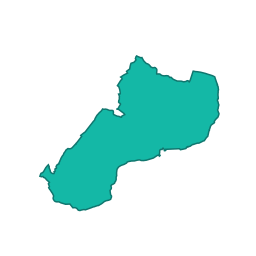 the district of Sancel, Alba, Romania, rotated 74°
{"feature_id": "2599482B13379930489743", "entity_name": "Sancel", "entity_type": "district", "adm_level": 2, "iso_a3": "ROU", "parent_name": "Romania", "parent_adm1": "Alba", "projection": "orthographic", "projection_center": [23.953, 46.206], "detail": "fine", "context": "isolated", "style": "filled", "palette": "teal", "viewbox_px": 256, "rotation_deg": 74, "n_neighbors": 0, "source": "geoboundaries", "source_scale": "gbopen_adm2", "svg_char_len": 5758}
<svg xmlns="http://www.w3.org/2000/svg" viewBox="0 0 256 256"><g transform="rotate(74 128 128)"><path d="M192.9,198.7L193.4,198.2L193.7,197.8L194.0,197.1L194.1,196.8L194.0,195.5L194.1,194.5L194.1,193.9L194.2,193.0L194.3,192.7L194.9,191.5L194.5,185.3L194.3,183.3L194.4,181.7L194.3,181.1L194.2,178.6L194.4,177.7L193.8,175.5L193.6,174.5L192.9,172.7L192.2,171.1L191.9,169.3L192.1,166.4L191.8,164.4L189.8,162.9L188.8,162.6L187.3,163.1L183.1,162.5L181.7,160.8L180.3,160.3L179.0,160.5L178.0,159.2L178.0,158.2L177.4,156.3L177.1,155.9L176.5,155.6L176.3,155.4L175.6,154.5L175.3,154.3L174.6,153.8L174.1,153.5L173.2,153.3L172.5,153.1L171.9,152.9L171.5,152.6L171.0,152.2L170.7,152.0L169.2,151.7L167.5,151.2L166.6,150.8L165.4,150.3L164.7,149.9L164.4,149.6L163.4,148.5L163.2,148.2L162.9,147.8L162.5,146.6L162.1,145.1L162.0,144.0L161.9,141.9L161.3,139.1L160.5,138.1L160.4,137.1L160.7,133.6L161.4,131.0L161.5,127.8L161.8,125.8L162.1,125.3L162.9,124.3L163.6,122.0L164.0,119.2L163.9,112.2L163.8,111.6L162.8,108.5L162.5,107.7L162.5,106.8L162.5,105.6L163.7,105.6L163.4,104.8L163.3,104.7L162.7,104.9L161.8,105.0L161.0,104.7L160.3,104.3L158.6,103.8L158.1,103.4L157.7,102.9L157.6,102.5L158.0,101.1L157.1,100.3L157.1,99.8L158.8,99.1L159.8,99.3L160.0,99.0L160.0,98.2L159.5,97.5L158.9,97.5L162.1,84.2L163.3,83.6L163.5,81.4L163.7,78.1L163.5,77.7L162.9,77.2L162.6,76.7L162.8,76.4L162.3,75.8L162.3,75.6L162.7,75.6L162.8,75.4L162.7,75.2L162.6,72.9L162.4,72.7L162.2,72.2L162.2,71.8L161.9,71.2L161.6,69.9L161.9,69.5L161.8,69.1L161.7,67.2L161.7,65.3L162.1,64.0L161.5,60.6L161.3,60.0L161.2,58.0L160.8,57.7L160.3,57.0L158.7,55.1L158.1,53.7L155.6,52.3L154.6,51.8L153.5,51.2L152.5,50.3L152.1,50.4L151.5,49.8L150.5,49.2L150.4,49.0L149.7,48.7L149.2,48.2L148.8,48.0L148.0,47.0L147.8,46.4L147.2,44.9L147.2,44.4L146.7,43.6L146.4,43.3L145.7,43.3L145.4,43.2L145.0,42.7L144.2,41.8L144.0,41.4L143.0,40.0L142.9,39.4L142.5,38.8L142.1,38.4L141.4,37.9L140.3,37.1L139.3,36.6L138.7,36.6L137.8,36.8L137.4,36.8L136.6,36.8L136.0,36.9L135.4,36.9L134.9,36.7L134.4,36.1L132.9,35.5L131.0,34.4L130.5,34.3L129.7,34.4L127.8,34.3L127.2,34.3L126.8,34.5L126.3,34.5L126.0,34.3L124.9,33.9L124.8,33.5L124.8,33.2L123.7,32.9L122.8,32.7L121.6,32.6L121.1,32.3L120.9,32.3L120.4,32.3L118.9,31.6L116.8,31.0L116.3,30.5L114.9,30.3L114.4,30.3L113.4,30.0L111.8,30.3L111.5,30.1L111.2,30.3L111.1,30.1L110.7,30.1L109.3,30.2L108.8,30.3L108.3,30.3L106.3,30.4L103.7,30.5L102.8,30.5L102.7,30.6L101.6,31.7L100.7,32.8L100.2,33.6L99.5,34.6L98.5,36.2L96.9,38.5L94.4,42.8L92.8,46.3L92.6,47.1L92.4,47.5L91.4,49.4L91.3,49.7L99.3,55.1L99.7,55.5L100.0,55.8L100.5,56.5L99.7,56.8L99.3,57.1L98.9,57.9L98.9,58.5L99.2,59.3L99.0,61.7L97.7,63.8L96.4,67.8L94.5,70.1L93.8,70.9L92.9,71.6L91.2,72.5L90.9,73.4L90.9,74.0L89.3,74.7L89.0,75.0L88.3,76.5L87.9,78.6L87.8,79.1L86.7,81.2L85.2,82.2L84.7,82.9L84.0,85.5L83.3,85.4L80.6,84.4L79.8,84.2L79.0,84.3L77.6,85.1L77.2,85.6L77.1,86.2L77.0,87.5L76.7,87.9L75.4,89.4L74.5,89.6L73.3,90.2L72.5,90.7L72.1,91.1L71.6,91.7L70.9,92.7L68.2,94.2L66.5,94.7L64.1,95.2L64.1,95.6L64.0,96.2L63.7,96.7L62.0,98.9L61.1,99.8L61.6,100.6L62.2,101.0L62.7,101.3L63.2,101.7L63.4,101.8L64.0,101.7L64.7,101.5L65.2,102.1L66.5,104.2L66.6,107.2L67.3,107.8L69.2,108.9L71.7,110.1L73.1,113.8L75.1,113.3L75.8,117.1L77.0,121.0L78.0,120.3L78.5,120.1L79.0,120.2L79.6,120.5L80.1,121.7L84.4,126.5L85.8,125.5L87.3,125.4L89.0,125.4L90.1,125.5L92.3,125.8L93.0,126.1L92.8,127.7L94.8,127.5L95.1,127.6L95.5,127.6L96.6,128.1L97.8,128.3L99.1,129.3L100.5,129.9L101.5,129.5L101.6,129.2L102.6,128.6L103.0,128.6L105.2,130.9L106.1,131.6L106.3,132.1L106.6,132.4L106.7,133.4L106.9,133.4L107.3,132.1L113.0,127.8L114.2,127.5L114.2,127.8L114.5,128.9L114.7,129.7L114.9,130.5L115.0,131.0L115.8,131.3L115.7,131.9L114.4,133.4L113.6,135.2L111.1,138.1L110.3,138.2L109.0,137.7L107.7,137.5L107.0,137.8L106.6,138.7L106.1,140.7L105.4,141.8L104.9,142.3L104.3,143.1L103.6,144.5L103.4,146.0L102.7,147.2L103.1,147.6L103.8,148.4L104.2,148.9L105.4,151.4L106.4,152.9L106.8,153.6L107.3,154.4L109.2,156.4L110.2,157.3L111.2,157.9L111.4,158.3L111.9,159.1L112.2,159.7L112.6,160.1L112.7,160.3L113.3,161.1L115.1,163.6L117.3,166.6L119.3,169.3L119.9,170.1L120.0,170.3L120.2,170.8L120.5,171.7L120.7,172.2L120.9,172.7L121.7,174.6L122.0,175.3L122.1,175.5L123.3,174.9L123.6,175.3L125.1,177.3L125.8,178.3L127.0,179.9L128.5,182.0L128.8,182.2L128.6,182.3L128.9,182.7L131.7,187.3L131.8,187.8L132.0,188.3L132.0,188.7L131.9,189.7L131.8,190.4L131.2,191.3L131.2,191.5L131.6,192.4L131.9,193.1L131.9,193.3L132.1,193.7L133.4,195.0L134.4,196.4L135.0,196.9L135.5,197.2L135.9,197.5L136.7,198.7L138.3,200.4L138.8,200.9L139.3,201.2L139.8,201.6L140.1,201.9L141.5,203.0L142.2,203.6L142.5,203.9L142.9,204.2L143.1,204.2L143.4,204.2L143.5,204.3L143.5,204.5L143.4,204.6L143.4,205.1L143.6,205.3L143.8,205.6L143.8,205.9L143.8,206.1L143.9,206.4L144.2,206.8L144.6,207.1L145.1,207.7L145.4,207.8L146.7,207.7L146.9,207.8L147.1,208.0L147.1,208.9L147.3,209.5L147.7,209.6L148.1,209.7L149.3,209.9L149.5,210.0L149.6,211.1L150.6,211.1L151.4,211.7L151.3,212.2L150.8,213.3L150.4,213.7L149.5,214.4L149.1,214.5L148.7,214.6L147.2,214.5L145.1,214.7L144.5,214.8L144.4,214.9L144.2,214.8L143.9,214.5L143.5,214.4L141.4,214.7L142.2,216.1L143.6,218.1L146.1,220.6L147.2,222.0L147.4,222.5L147.5,223.6L147.6,224.1L148.1,224.6L150.1,226.0L151.0,224.7L151.2,223.1L152.3,222.7L152.8,221.8L154.2,221.0L155.1,220.7L158.6,218.5L159.6,219.9L160.2,219.9L161.8,219.7L162.7,219.7L163.5,220.7L165.5,220.2L166.0,219.8L166.6,219.7L166.9,219.7L168.0,219.2L168.5,219.2L169.4,218.8L170.3,218.6L172.4,218.2L173.0,218.3L174.7,219.3L175.3,219.4L176.0,219.4L177.6,218.9L178.4,218.4L179.0,217.6L179.3,217.0L179.8,215.2L180.1,214.5L181.4,213.2L184.1,209.0L185.1,204.8L189.5,203.0L190.0,200.7L191.2,199.3L192.9,198.7Z" fill="#14b8a6" stroke="#0f766e" stroke-width="1.5"/></g></svg>